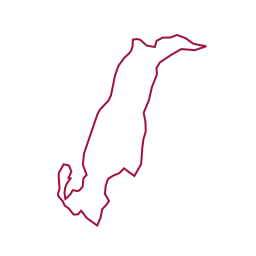 SVG path tracing the border of Nippes, rotated 284°
{"feature_id": "HTI-1360", "entity_name": "Nippes", "entity_type": "Department", "adm_level": 1, "iso_a3": "HTI", "parent_name": "Haiti", "parent_adm1": "", "projection": "natural_earth1", "projection_center": [-73.453, 18.404], "detail": "fine", "context": "isolated", "style": "outline", "palette": "rose", "viewbox_px": 256, "rotation_deg": 284, "n_neighbors": 0, "source": "natural_earth", "source_scale": "10m", "svg_char_len": 1145}
<svg xmlns="http://www.w3.org/2000/svg" viewBox="0 0 256 256"><g transform="rotate(284 128 128)"><path d="M37.5,85.2L40.2,83.1L41.2,82.4L41.6,81.7L44.9,77.1L46.6,76.1L48.7,76.0L50.8,76.2L52.8,76.2L64.6,72.3L68.0,71.8L77.2,74.4L77.4,79.7L72.1,83.6L65.2,82.4L65.2,84.4L59.6,82.2L54.6,81.5L49.6,82.1L44.0,84.4L45.7,85.7L50.0,88.2L54.3,89.4L54.5,91.2L54.4,93.6L55.6,95.9L60.2,98.2L68.4,96.9L72.5,99.2L81.6,93.0L92.7,91.5L133.8,95.0L139.0,96.3L149.4,102.2L155.2,103.6L175.9,102.7L186.1,103.7L195.3,107.5L200.1,110.7L204.0,112.4L208.4,112.7L214.9,111.4L216.4,114.8L216.6,118.5L212.5,126.2L213.1,134.4L219.6,134.7L224.1,139.8L226.0,147.2L230.1,153.0L229.1,162.1L225.7,170.7L225.8,177.5L226.3,184.2L219.7,174.0L217.5,160.7L209.3,152.1L199.4,143.1L193.1,141.1L187.2,143.1L180.6,142.3L173.8,141.3L160.1,141.6L146.6,139.5L138.5,143.3L129.1,146.0L120.9,145.7L112.7,146.6L96.2,149.5L83.0,145.8L85.6,139.2L87.9,133.9L82.2,130.6L78.4,125.4L73.9,121.0L66.8,120.3L58.4,121.6L52.6,127.2L48.2,125.6L43.0,122.6L34.3,123.1L25.9,121.7L30.6,109.9L36.4,102.6L32.1,100.3L30.9,96.1L35.4,90.3L37.5,85.3L37.5,85.2Z" fill="none" stroke="#9f1239" stroke-width="2"/></g></svg>